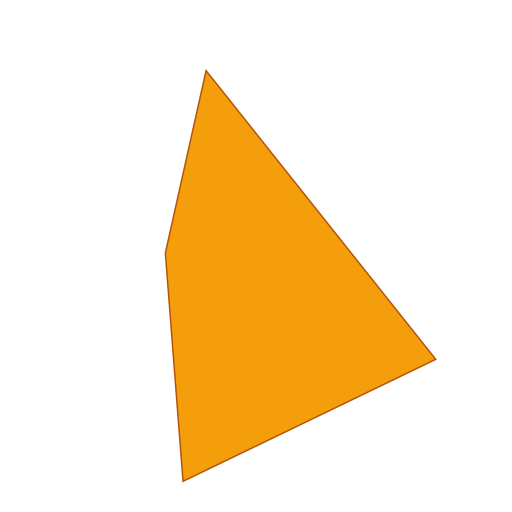 the border of Ijuw, rotated 72°
{"feature_id": "NRU-4980", "entity_name": "Ijuw", "entity_type": "state/province", "adm_level": 1, "iso_a3": "NRU", "parent_name": "Nauru", "parent_adm1": "", "projection": "mercator", "projection_center": [166.951, -0.505], "detail": "fine", "context": "isolated", "style": "filled", "palette": "amber", "viewbox_px": 512, "rotation_deg": 72, "n_neighbors": 0, "source": "natural_earth", "source_scale": "10m", "svg_char_len": 229}
<svg xmlns="http://www.w3.org/2000/svg" viewBox="0 0 512 512"><g transform="rotate(72 256 256)"><path d="M409.8,117.0L447.7,395.0L225.2,341.3L64.3,246.2L409.8,117.0Z" fill="#f59e0b" stroke="#b45309" stroke-width="1.5"/></g></svg>